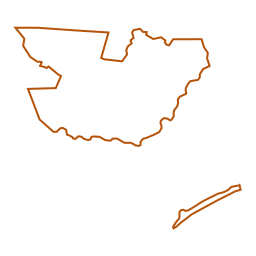 outline of Hyde, North Carolina, United States of America
{"feature_id": "52423323B51150866941712", "entity_name": "Hyde", "entity_type": "district", "adm_level": 2, "iso_a3": "USA", "parent_name": "United States of America", "parent_adm1": "North Carolina", "projection": "albers", "projection_center": [-76.165, 35.384], "detail": "fine", "context": "isolated", "style": "outline", "palette": "amber", "viewbox_px": 256, "rotation_deg": 0, "n_neighbors": 0, "source": "geoboundaries", "source_scale": "gbopen_adm2", "svg_char_len": 1872}
<svg xmlns="http://www.w3.org/2000/svg" viewBox="0 0 256 256"><path d="M15.4,27.7L24.3,38.7L23.2,45.9L30.4,57.0L37.1,61.6L41.2,61.9L41.3,61.9L41.4,62.0L41.5,62.1L41.6,62.3L41.7,62.5L40.1,65.9L45.2,67.2L45.9,67.8L46.0,67.8L46.7,68.0L46.9,67.8L48.6,66.5L58.1,74.4L61.0,76.0L55.8,88.1L28.0,88.9L39.6,119.5L50.0,128.7L53.4,131.8L56.8,131.8L59.4,129.0L61.1,128.0L62.8,128.0L66.0,129.7L67.1,134.7L69.9,135.7L72.8,137.5L73.1,138.5L75.4,138.9L78.2,136.4L79.7,136.4L81.7,136.8L83.9,138.9L87.9,140.0L90.2,139.6L91.6,136.8L93.6,136.5L99.4,136.8L105.1,140.0L109.3,140.7L111.3,140.3L112.5,138.6L117.1,138.6L124.5,142.8L130.5,142.8L133.9,144.2L134.8,145.2L138.8,145.9L140.5,145.2L140.5,142.1L143.0,138.8L145.5,138.2L153.2,135.1L159.2,132.1L161.6,128.1L161.3,125.3L160.6,123.5L160.6,121.4L161.6,119.9L164.0,118.1L167.3,118.6L170.3,120.4L171.4,119.7L173.0,117.7L173.8,115.8L173.6,112.8L174.3,109.9L177.2,106.4L178.1,103.2L177.8,99.5L179.9,96.7L186.1,93.7L186.3,92.9L185.6,90.4L185.8,88.3L188.2,83.6L189.3,82.2L190.5,81.1L197.9,79.9L199.8,77.4L199.8,74.6L200.3,73.4L203.2,69.0L209.6,66.0L207.1,58.5L207.8,52.8L204.0,47.2L201.6,39.2L173.1,39.3L169.1,45.3L166.5,44.7L164.9,42.3L165.4,40.5L161.1,37.3L153.2,39.0L146.1,34.8L146.7,32.1L143.2,32.0L140.0,28.8L133.6,30.1L132.1,32.5L133.6,37.8L130.6,40.3L131.6,43.4L127.9,46.3L126.3,50.1L127.0,54.5L122.1,61.3L104.2,59.3L101.2,57.9L108.5,32.5L73.9,30.3L38.6,27.8L15.6,27.7L15.4,27.7ZM239.5,185.2L239.4,185.3L231.4,186.9L229.5,188.7L227.4,190.4L224.5,191.8L222.9,192.4L217.7,193.8L203.9,200.7L199.7,203.2L196.3,205.5L188.4,210.3L185.4,210.9L183.6,209.8L181.0,210.2L179.6,211.7L179.3,213.8L179.7,216.1L179.0,218.8L176.7,221.3L173.5,226.1L173.1,227.2L173.6,228.3L176.5,226.6L181.3,222.2L186.1,218.8L191.0,214.8L199.1,210.3L217.5,200.3L230.4,193.8L235.5,191.2L238.5,190.4L240.6,189.7L239.5,185.2Z" fill="none" stroke="#b45309" stroke-width="2"/></svg>